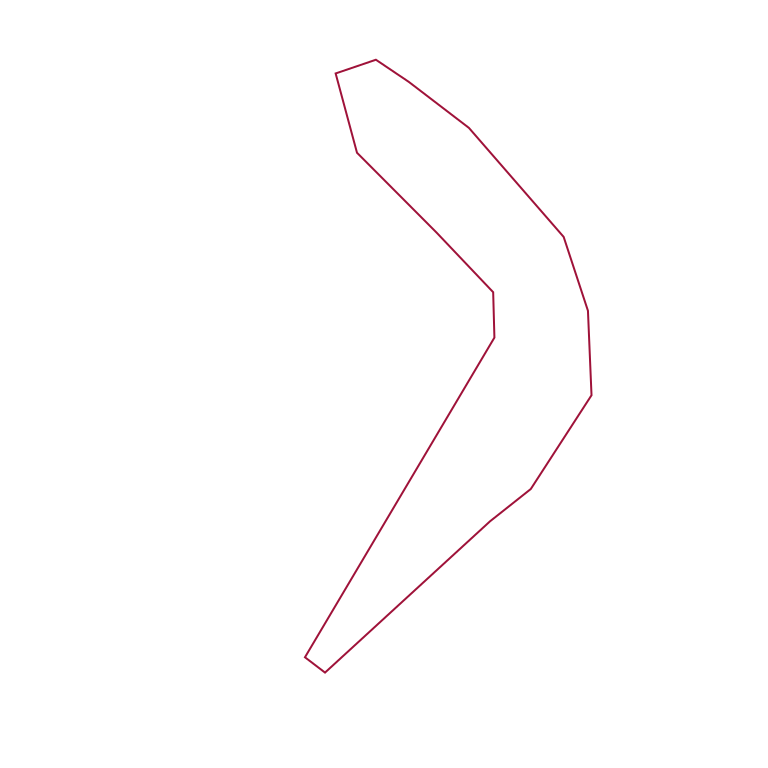 map outline of Malé (Albers equal-area conic projection), rotated 298°
{"feature_id": "MDV-5234", "entity_name": "Malé", "entity_type": "Capital", "adm_level": 1, "iso_a3": "MDV", "parent_name": "Maldives", "parent_adm1": "", "projection": "albers", "projection_center": [73.515, 4.203], "detail": "fine", "context": "isolated", "style": "outline", "palette": "rose", "viewbox_px": 768, "rotation_deg": 298, "n_neighbors": 0, "source": "natural_earth", "source_scale": "10m", "svg_char_len": 358}
<svg xmlns="http://www.w3.org/2000/svg" viewBox="0 0 768 768"><g transform="rotate(298 384 384)"><path d="M635.5,195.5L666.5,224.6L662.4,264.0L650.0,338.7L598.2,473.6L544.4,529.7L471.5,572.5L360.2,562.9L312.6,542.1L101.5,467.4L105.6,442.5L476.8,459.7L516.3,437.3L542.3,359.5L575.5,251.6L635.5,195.5Z" fill="none" stroke="#9f1239" stroke-width="2"/></g></svg>